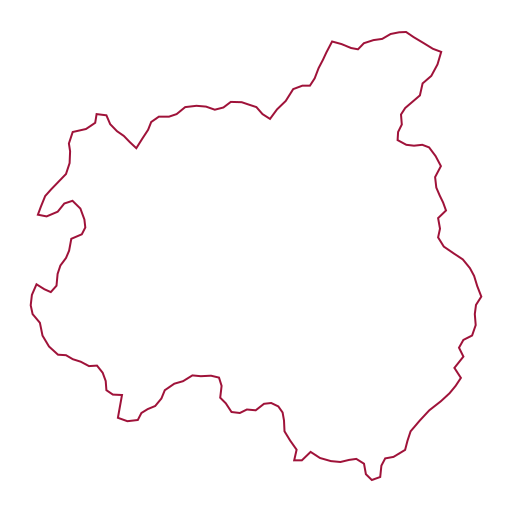 Descoberto, Minas Gerais, Brazil (Robinson projection)
{"feature_id": "56859067B24625670932477", "entity_name": "Descoberto", "entity_type": "district", "adm_level": 2, "iso_a3": "BRA", "parent_name": "Brazil", "parent_adm1": "Minas Gerais", "projection": "robinson", "projection_center": [-42.969, -21.446], "detail": "fine", "context": "isolated", "style": "outline", "palette": "rose", "viewbox_px": 512, "rotation_deg": 0, "n_neighbors": 0, "source": "geoboundaries", "source_scale": "gbopen_adm2", "svg_char_len": 2303}
<svg xmlns="http://www.w3.org/2000/svg" viewBox="0 0 512 512"><path d="M332.1,41.5L326.4,52.4L323.0,59.7L318.6,68.1L314.7,78.3L309.9,85.7L302.3,85.7L293.2,89.1L285.7,101.0L277.0,109.4L270.0,118.9L262.5,114.1L256.4,107.1L248.8,104.6L241.7,102.2L230.8,101.9L223.4,107.5L214.8,109.7L206.0,106.6L196.5,105.8L185.2,107.1L176.6,114.1L168.9,116.7L158.8,116.7L151.2,122.0L148.1,129.8L142.4,138.5L136.3,148.2L129.8,142.1L123.9,136.0L117.0,131.2L110.2,124.2L106.4,115.3L96.6,114.1L95.2,122.8L86.0,129.0L72.7,132.0L68.9,143.5L70.1,151.3L69.6,163.1L66.0,174.0L59.2,181.0L51.2,189.3L45.2,196.0L40.9,206.6L37.9,214.7L46.6,216.4L57.7,211.7L64.3,203.5L72.5,200.8L80.4,208.6L84.4,219.5L85.3,227.5L81.8,234.3L71.3,238.8L69.1,250.7L66.0,258.0L60.4,265.5L57.6,273.9L56.5,285.7L50.8,292.1L44.3,289.2L36.5,284.3L31.9,294.9L30.7,305.3L32.6,314.1L39.9,322.8L42.5,335.6L49.0,346.5L58.0,354.7L66.0,355.2L72.8,359.2L80.7,361.7L89.0,366.1L97.0,365.6L102.7,372.8L105.7,381.0L106.4,390.2L112.9,394.6L122.0,395.0L119.8,407.2L117.9,417.8L127.4,421.2L137.8,420.0L141.4,413.0L147.7,409.1L155.2,406.0L161.4,398.5L164.8,390.2L174.3,383.7L183.0,381.2L192.4,375.4L200.8,376.2L211.0,375.7L219.0,377.6L221.6,385.9L220.2,397.7L225.8,403.3L231.5,412.0L239.8,413.0L246.9,409.5L255.7,410.3L264.0,403.8L271.2,403.0L278.3,406.4L282.6,412.5L284.0,420.5L284.5,431.3L290.1,440.5L296.6,449.7L294.2,460.3L301.9,460.3L310.6,451.9L320.0,458.0L330.9,461.1L340.4,462.0L349.1,459.9L356.3,458.9L364.0,463.7L365.9,474.2L371.8,480.0L380.2,477.0L381.4,465.6L385.2,458.4L393.5,456.9L405.1,449.9L407.5,440.7L410.6,431.3L419.9,420.4L429.3,410.3L440.8,401.3L449.5,393.3L455.6,385.9L460.9,377.9L454.4,367.9L463.4,356.6L459.0,347.7L463.4,339.9L472.1,335.5L475.7,325.1L474.8,314.1L476.0,304.9L481.3,296.6L477.2,286.0L474.1,275.9L469.9,268.1L462.8,259.4L454.0,253.6L443.8,246.6L438.1,237.4L440.0,228.7L438.1,218.1L446.0,210.5L443.1,202.5L439.7,195.5L436.3,187.6L435.1,177.1L440.9,166.1L435.6,156.1L429.1,147.4L422.3,144.8L414.0,145.7L406.3,144.8L397.6,140.1L398.1,132.0L401.8,124.5L401.0,114.5L405.2,108.0L412.8,101.5L419.9,95.4L422.6,83.4L431.3,75.9L437.5,64.4L441.2,51.9L432.9,48.8L423.8,43.2L413.6,37.1L406.1,32.0L399.1,32.3L390.6,34.0L382.2,38.9L373.5,40.1L363.9,43.2L358.0,49.3L351.0,48.0L341.6,44.1L332.1,41.5Z" fill="none" stroke="#9f1239" stroke-width="2"/></svg>